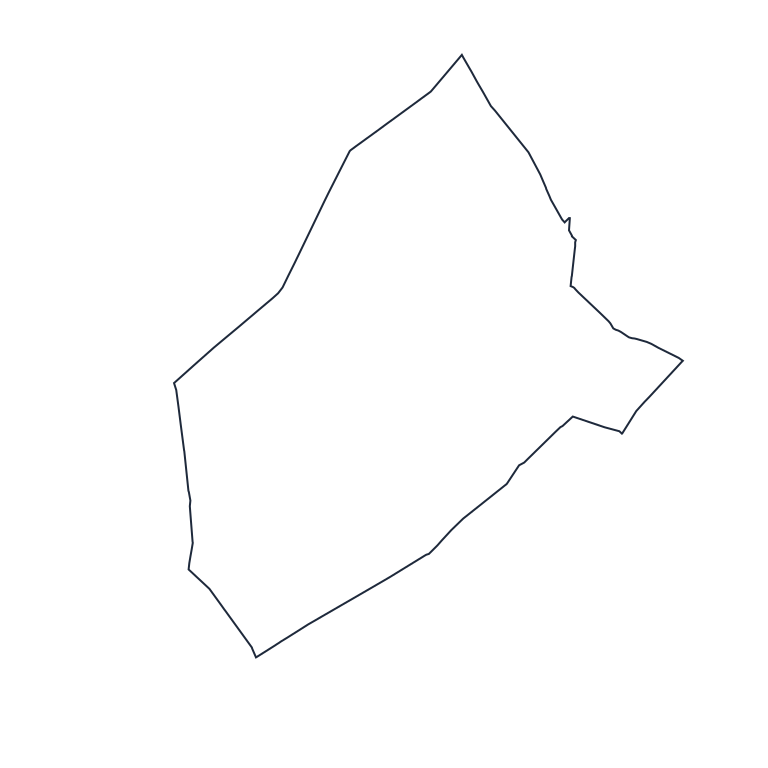 Jaunjelgavas pag., Jaunjelgavas, Latvia, rotated 138°
{"feature_id": "27541924B6750181975211", "entity_name": "Jaunjelgavas pag.", "entity_type": "district", "adm_level": 2, "iso_a3": "LVA", "parent_name": "Latvia", "parent_adm1": "Jaunjelgavas", "projection": "orthographic", "projection_center": [25.067, 56.595], "detail": "fine", "context": "isolated", "style": "outline", "palette": "slate", "viewbox_px": 768, "rotation_deg": 138, "n_neighbors": 0, "source": "geoboundaries", "source_scale": "gbopen_adm2", "svg_char_len": 2110}
<svg xmlns="http://www.w3.org/2000/svg" viewBox="0 0 768 768"><g transform="rotate(138 384 384)"><path d="M662.1,266.5L661.8,266.4L640.3,262.7L639.7,262.6L638.2,262.4L637.6,262.3L635.3,261.9L632.9,261.6L626.0,260.3L600.8,256.0L600.0,255.8L599.5,255.7L585.3,252.7L530.4,241.1L508.8,236.6L468.5,229.2L466.7,228.8L464.4,227.7L452.4,228.3L445.6,229.1L435.9,230.0L431.8,230.4L415.2,231.0L402.4,230.2L359.6,227.6L338.0,233.2L332.4,231.8L326.5,232.1L288.6,233.7L281.7,233.9L279.5,233.3L265.5,233.5L249.0,204.2L241.8,193.1L240.7,191.4L240.4,187.9L239.9,187.9L214.6,195.1L202.3,196.4L195.1,196.9L148.1,201.2L146.4,201.3L147.5,206.1L155.8,227.1L158.5,235.0L160.6,239.5L164.7,246.1L166.0,248.2L167.3,250.1L169.0,252.0L170.7,254.7L171.1,256.1L171.6,258.1L173.1,264.1L174.1,266.9L175.5,269.3L176.4,271.9L175.3,277.1L175.2,277.7L175.1,280.3L176.0,293.3L178.3,321.8L178.4,326.5L178.3,328.1L178.7,329.6L179.8,331.9L178.9,332.7L172.9,338.1L172.2,338.5L163.8,346.0L152.0,356.5L149.7,358.5L147.1,361.4L145.1,362.6L145.5,367.4L145.6,367.9L145.1,368.4L143.7,374.4L134.9,382.9L135.4,383.5L140.8,383.3L141.6,383.2L141.6,386.9L141.4,388.0L137.7,404.6L136.7,409.2L135.3,413.1L132.9,420.5L132.4,421.3L129.8,429.0L127.7,435.1L121.6,459.5L118.6,513.0L118.6,516.0L118.6,519.0L116.8,527.0L115.0,535.0L113.3,543.3L112.5,547.0L109.9,558.0L109.4,560.5L106.7,573.2L105.9,576.5L107.3,576.3L116.1,575.1L122.6,574.2L137.3,572.2L152.0,570.2L153.6,570.0L180.6,572.7L207.6,575.5L219.8,576.7L232.0,578.0L237.8,578.6L245.1,579.4L252.5,580.1L253.7,580.0L275.5,571.6L297.2,563.2L306.2,559.6L334.2,548.1L362.1,536.7L365.1,535.5L368.0,534.3L370.5,533.3L382.7,528.5L394.8,523.6L401.9,522.3L405.6,522.3L409.3,522.3L418.4,522.6L427.5,522.9L440.8,523.3L454.1,523.7L469.8,524.3L486.2,524.9L512.8,525.1L539.4,525.2L542.5,518.4L542.8,518.0L552.1,504.4L562.6,489.3L577.0,468.4L577.3,467.8L600.8,435.5L601.3,434.3L605.9,426.9L610.1,423.1L631.7,395.0L632.4,393.9L637.8,389.6L643.2,385.4L648.6,381.1L653.3,376.9L650.8,348.6L653.0,328.0L653.6,322.9L653.6,322.4L658.5,276.6L659.0,275.6L661.9,267.0L662.1,266.5Z" fill="none" stroke="#1e293b" stroke-width="2"/></g></svg>